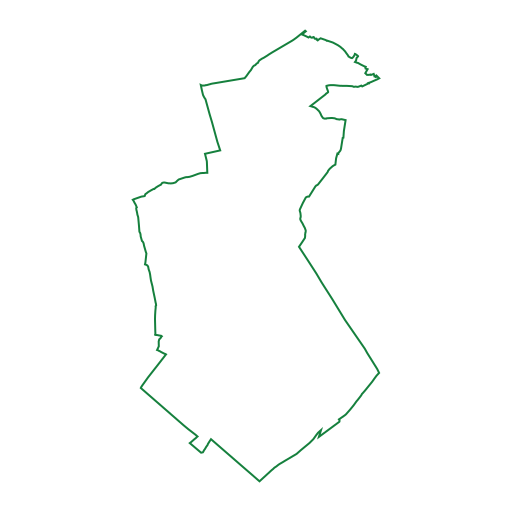 the district of Mischii, Dolj, Romania
{"feature_id": "2599482B32935756416013", "entity_name": "Mischii", "entity_type": "district", "adm_level": 2, "iso_a3": "ROU", "parent_name": "Romania", "parent_adm1": "Dolj", "projection": "robinson", "projection_center": [23.877, 44.421], "detail": "fine", "context": "isolated", "style": "outline", "palette": "green", "viewbox_px": 512, "rotation_deg": 0, "n_neighbors": 0, "source": "geoboundaries", "source_scale": "gbopen_adm2", "svg_char_len": 5783}
<svg xmlns="http://www.w3.org/2000/svg" viewBox="0 0 512 512"><path d="M324.2,286.5L321.6,282.4L316.4,273.6L308.4,261.2L299.0,246.8L302.2,242.1L304.9,238.0L305.1,236.5L305.2,235.8L305.1,235.2L305.1,234.5L305.3,233.7L305.3,232.9L305.6,232.2L305.7,231.2L305.7,230.4L304.8,227.9L303.6,225.7L302.5,223.4L301.8,222.3L300.7,220.4L300.3,219.3L300.3,218.2L300.6,217.4L300.7,216.8L300.7,215.7L300.4,213.0L299.8,211.0L299.7,210.3L299.9,209.4L302.8,203.1L305.8,197.5L306.6,197.0L307.6,196.6L309.0,196.6L309.4,196.0L315.4,186.4L316.4,185.4L317.2,185.1L318.0,184.5L322.7,178.5L326.4,173.7L327.4,172.4L327.8,171.7L328.1,170.8L329.7,168.8L332.6,166.2L334.2,165.2L335.1,164.8L335.4,164.6L335.4,164.3L336.1,158.3L337.4,153.6L338.3,153.9L338.4,152.9L339.0,152.3L339.4,151.8L340.2,150.8L340.5,150.3L340.7,149.7L341.0,148.6L342.7,137.9L343.4,137.7L343.9,130.9L345.6,120.1L343.4,119.6L342.1,119.3L341.3,119.2L339.8,119.4L339.2,119.6L338.8,119.4L337.0,119.2L336.5,119.1L336.1,118.9L334.7,118.3L332.1,118.0L331.1,118.0L328.3,118.2L326.9,118.3L326.4,118.4L326.2,118.6L325.2,118.6L324.5,118.6L323.3,118.2L322.9,117.9L322.4,117.2L321.4,115.7L320.5,113.6L319.7,112.2L319.3,111.5L318.7,110.8L317.8,110.0L317.5,109.6L315.6,108.0L314.9,107.6L313.4,106.9L312.8,106.9L312.0,106.6L311.3,106.3L311.1,106.2L310.7,106.2L310.4,106.1L325.5,94.4L325.7,94.2L325.8,93.9L326.0,93.7L327.1,93.0L327.9,92.4L328.1,92.2L328.1,91.6L327.7,90.4L327.2,89.1L326.6,87.3L326.4,86.0L327.0,85.7L327.6,85.6L328.9,85.3L331.0,85.1L331.9,85.1L332.7,85.1L334.7,85.2L337.3,85.5L340.1,85.8L341.2,85.8L343.6,85.9L347.4,85.9L352.2,86.2L352.8,86.4L353.7,86.8L353.9,86.8L354.2,86.8L355.2,86.6L355.6,86.6L356.3,86.7L357.1,86.8L357.8,86.9L359.3,86.4L361.3,85.6L362.2,86.4L368.5,83.4L368.6,83.2L368.4,83.0L368.9,82.8L369.3,83.1L369.6,82.6L371.2,82.0L374.3,80.6L376.9,79.5L379.2,78.3L375.7,74.8L376.7,76.5L376.4,76.8L375.8,77.0L375.6,76.6L374.5,76.5L373.9,74.4L373.7,73.9L371.7,74.7L371.2,74.9L370.9,74.9L370.9,74.6L370.7,74.5L370.3,74.8L369.4,74.7L368.8,74.9L368.1,74.9L367.4,74.9L367.0,74.9L365.3,73.2L367.6,69.2L366.5,68.8L365.6,68.6L365.4,67.9L365.3,67.4L365.4,67.1L365.6,67.0L365.7,66.8L364.1,66.2L362.7,65.5L360.5,64.4L358.1,63.0L357.4,62.8L357.2,62.8L355.0,62.0L355.8,60.9L356.0,60.5L356.2,59.9L356.4,58.7L356.6,58.0L357.1,57.4L358.1,56.3L358.1,56.2L357.6,55.7L356.2,54.6L355.2,54.0L354.9,53.9L354.7,54.6L354.1,55.8L353.1,57.2L352.5,57.8L352.1,58.1L351.9,58.1L351.0,57.9L350.0,57.4L348.4,56.4L348.2,55.7L346.2,53.0L345.1,51.4L343.6,49.8L342.9,49.0L342.2,48.5L340.4,46.9L337.9,45.2L335.3,43.8L332.8,42.5L327.1,40.6L326.9,40.8L325.6,40.0L320.6,38.3L318.9,39.4L317.7,40.4L317.3,40.1L317.6,39.9L316.8,39.2L316.7,38.9L316.6,38.7L316.4,38.6L316.2,38.6L315.4,38.8L315.0,38.8L314.7,38.6L314.5,38.4L313.9,37.2L313.7,37.1L313.3,37.0L312.4,37.6L312.0,37.7L311.7,37.7L311.1,37.5L310.7,37.2L309.9,36.5L308.5,37.5L306.6,36.5L303.8,35.2L302.0,34.5L302.9,33.7L305.8,31.3L305.1,30.7L296.4,37.7L293.5,39.8L292.1,40.7L272.2,52.4L268.2,54.9L267.9,55.2L263.7,57.8L261.9,58.7L259.4,60.4L258.8,61.1L258.3,62.0L258.1,62.7L256.6,63.6L255.9,64.4L255.3,65.1L254.3,65.5L253.5,66.1L252.7,67.0L252.3,67.7L250.9,70.1L249.3,72.0L246.3,76.2L244.6,78.2L216.0,83.0L212.2,83.6L211.4,83.8L210.8,83.9L210.4,84.1L209.2,84.4L208.2,84.7L206.7,85.1L205.5,85.2L205.1,85.4L204.5,85.5L202.6,85.6L201.4,85.3L200.8,85.0L201.9,90.3L203.0,94.9L203.8,96.6L204.6,98.0L205.5,99.3L209.6,114.2L212.0,122.2L217.4,141.9L220.2,150.4L205.0,153.8L206.8,161.1L206.9,162.4L207.3,172.8L205.5,172.8L203.9,173.0L202.4,173.0L200.3,173.2L198.0,173.9L192.6,175.9L189.6,176.8L187.5,177.1L186.3,177.1L184.7,177.5L178.7,179.5L177.4,180.6L175.6,182.4L173.0,183.2L170.9,183.4L168.4,183.3L164.5,182.5L163.1,182.6L162.0,183.1L160.8,184.8L160.0,185.1L157.7,186.4L155.7,187.7L154.3,189.0L153.7,188.9L151.1,190.3L148.2,192.0L147.2,192.8L146.5,193.4L145.5,194.0L145.0,195.0L144.8,195.9L144.1,196.2L141.4,196.6L133.7,199.3L132.8,199.8L133.5,200.7L134.5,202.7L135.4,204.2L136.1,205.6L136.3,206.3L136.8,207.3L136.4,207.7L136.2,208.2L136.3,209.1L136.4,209.9L136.9,211.8L136.9,212.1L137.1,212.8L137.4,214.7L138.0,216.5L138.2,217.4L138.9,224.9L139.0,226.1L139.4,231.6L139.6,232.1L140.0,232.7L140.2,233.2L140.5,234.3L140.7,236.5L141.6,239.7L142.0,241.0L142.7,241.6L143.2,242.4L143.6,243.4L144.1,245.9L144.8,248.3L145.8,251.8L146.4,253.5L145.4,262.5L145.0,264.4L146.5,264.9L147.3,265.4L148.1,266.5L148.7,269.5L149.6,272.0L150.1,274.5L150.6,278.1L151.0,280.6L152.5,286.5L153.2,290.7L154.7,297.8L155.3,300.9L155.6,302.5L156.0,304.1L156.1,305.6L155.6,306.2L155.7,307.7L155.4,310.4L155.1,315.2L155.0,319.1L155.3,331.6L155.4,333.6L155.2,334.3L155.1,334.7L155.2,334.9L155.4,334.9L157.5,335.1L158.8,335.4L161.2,335.8L161.8,336.3L161.4,336.7L161.1,337.0L161.0,337.4L160.3,338.4L159.7,338.9L159.2,339.4L158.9,340.7L158.7,341.3L158.8,346.3L157.1,350.0L157.8,350.2L159.0,350.9L159.6,351.1L161.1,352.0L164.0,353.5L165.3,354.0L166.0,354.4L164.9,355.8L158.3,364.3L148.1,377.3L142.3,385.4L141.2,387.1L140.8,388.0L183.4,425.1L188.2,429.1L195.6,434.8L197.5,436.5L197.0,436.9L195.8,438.1L194.5,439.1L191.1,442.1L189.8,443.1L201.1,452.7L202.9,452.3L203.1,452.0L203.4,451.5L204.0,450.3L204.9,449.1L206.3,446.7L206.8,446.0L207.1,445.7L207.5,445.1L207.9,444.0L209.4,441.6L211.0,439.2L259.5,481.3L271.6,470.2L273.2,468.9L274.4,467.7L276.4,466.4L278.0,465.1L279.4,464.1L283.0,462.0L285.1,460.7L296.6,453.9L300.9,450.1L309.5,443.0L313.4,439.1L316.3,435.0L318.1,432.7L321.0,430.1L318.9,436.9L339.3,421.8L339.5,421.3L339.5,420.0L339.1,419.7L338.9,419.4L344.8,415.3L346.0,414.3L350.3,409.4L353.7,405.2L356.5,401.3L357.8,399.8L361.2,395.4L362.0,393.9L362.8,393.1L364.9,390.7L372.2,381.7L374.3,378.7L376.6,375.6L379.1,372.9L377.2,369.0L367.2,353.0L364.8,348.7L345.0,320.0L332.5,299.5L329.2,294.3L324.2,286.5Z" fill="none" stroke="#15803d" stroke-width="2"/></svg>